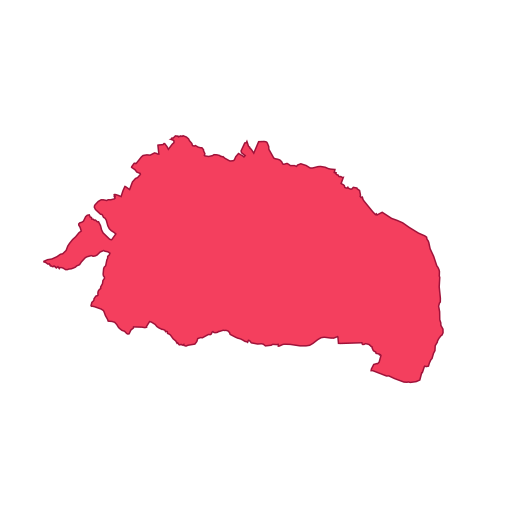 outline of Cizer, Salaj, Romania, rotated 107°
{"feature_id": "2599482B34424021815229", "entity_name": "Cizer", "entity_type": "district", "adm_level": 2, "iso_a3": "ROU", "parent_name": "Romania", "parent_adm1": "Salaj", "projection": "albers", "projection_center": [22.865, 47.034], "detail": "fine", "context": "isolated", "style": "filled", "palette": "rose", "viewbox_px": 512, "rotation_deg": 107, "n_neighbors": 0, "source": "geoboundaries", "source_scale": "gbopen_adm2", "svg_char_len": 6109}
<svg xmlns="http://www.w3.org/2000/svg" viewBox="0 0 512 512"><g transform="rotate(107 256 256)"><path d="M325.5,440.5L324.5,440.3L323.9,438.4L324.0,436.7L324.7,434.1L324.1,432.2L323.3,431.4L322.3,429.0L320.9,427.1L319.4,425.4L317.9,424.6L315.9,422.2L312.8,421.3L307.6,418.8L306.3,417.6L303.8,413.7L303.7,412.9L303.9,411.8L303.0,409.9L301.6,408.3L297.9,406.3L295.3,403.3L295.6,401.9L295.3,399.0L296.0,396.5L297.8,396.6L299.7,397.7L301.7,397.2L303.3,397.5L309.3,396.9L311.1,397.9L312.7,398.0L318.0,396.9L319.6,396.1L320.4,394.8L321.8,394.4L324.2,395.2L327.4,394.7L331.0,395.5L332.6,395.0L333.8,396.0L335.8,396.6L337.6,396.4L339.5,395.7L340.2,395.9L341.0,397.3L341.7,397.6L344.3,398.4L345.5,398.1L346.8,398.5L348.3,399.4L351.6,399.3L352.2,398.7L351.9,398.1L351.7,395.7L352.0,388.7L352.7,386.2L353.4,385.3L357.1,382.5L359.8,379.6L361.5,378.3L360.7,374.6L360.7,371.8L362.2,369.2L364.5,366.6L365.2,365.3L366.3,362.5L366.4,359.7L367.9,357.0L368.1,355.7L367.5,354.6L363.4,354.0L360.7,352.2L359.6,352.4L357.4,344.3L357.0,341.3L356.1,339.8L355.4,340.1L349.8,338.6L349.8,336.6L350.9,332.4L352.4,330.2L353.1,328.0L353.7,324.4L353.4,323.8L353.6,321.5L354.8,320.3L354.3,319.6L354.2,318.7L355.9,317.9L356.1,316.0L356.5,314.8L359.4,311.0L360.7,307.9L362.5,306.0L361.9,305.6L363.3,303.7L363.3,302.9L362.4,301.8L362.8,300.4L361.7,299.2L362.6,298.8L362.6,296.6L361.2,294.9L358.1,288.7L355.1,287.6L352.0,287.6L350.2,285.1L349.9,283.4L345.0,278.6L344.5,276.6L343.7,276.0L341.6,275.7L340.9,275.1L341.4,274.0L341.4,273.1L341.0,271.9L340.1,270.3L339.2,269.9L339.0,269.2L336.6,265.7L336.4,264.3L335.9,263.1L335.8,261.1L336.9,259.0L338.5,257.8L339.6,252.0L339.9,249.6L339.8,246.6L340.2,244.2L340.9,241.5L340.7,239.6L341.0,238.8L338.8,238.6L338.7,238.2L339.2,236.8L340.4,235.1L339.7,228.7L338.3,225.1L338.2,223.2L339.2,220.7L336.9,215.4L335.6,214.2L334.7,210.4L334.0,209.0L335.7,208.3L335.3,207.4L332.6,204.3L331.9,202.6L330.5,197.4L329.1,187.9L327.3,181.9L325.7,178.6L322.9,176.0L317.9,172.5L315.1,169.9L313.7,167.0L312.6,160.6L311.8,157.7L309.2,154.4L309.5,154.0L315.4,151.6L314.9,149.6L308.0,129.4L309.2,128.6L309.4,128.0L308.9,126.8L307.8,125.6L307.6,123.8L307.6,121.5L308.0,121.3L308.4,120.0L308.8,119.7L309.1,118.2L309.9,118.1L312.0,116.3L312.5,115.3L312.8,113.5L314.0,112.7L313.7,109.6L314.3,109.3L314.5,108.7L314.0,108.1L314.7,107.4L321.5,107.2L323.4,108.2L323.5,108.9L325.3,111.7L330.3,112.6L332.0,112.4L331.5,110.8L332.6,96.1L331.8,94.0L332.7,87.7L333.3,77.7L332.6,74.8L331.9,73.4L331.8,71.5L329.3,66.1L326.7,63.1L319.1,63.4L319.0,62.9L318.5,62.8L312.8,62.7L312.0,62.4L312.0,60.9L310.9,58.9L307.5,58.9L304.0,58.4L302.6,57.7L297.1,57.8L294.2,57.2L289.4,58.4L285.4,57.4L284.3,57.6L281.3,57.0L278.1,55.8L277.2,55.0L274.7,54.7L271.3,55.8L268.3,58.9L265.8,59.8L263.3,61.6L255.6,64.1L250.6,66.7L247.3,66.8L246.1,66.3L242.6,67.3L231.9,71.8L222.8,74.0L221.5,74.9L217.3,76.0L215.6,77.0L213.7,78.7L212.6,80.2L204.4,86.0L198.2,91.6L192.6,94.7L191.3,95.7L190.0,97.4L188.1,98.4L187.4,100.5L186.6,107.4L183.8,118.1L181.4,125.4L180.7,131.3L180.4,137.3L177.3,148.1L181.4,152.3L180.5,153.3L181.5,153.9L179.5,157.4L172.0,168.6L170.7,170.2L170.3,170.6L169.5,170.8L168.5,171.8L169.4,172.5L168.5,173.9L167.2,173.9L163.1,176.1L162.2,178.8L161.5,179.4L161.9,183.0L164.0,184.0L164.4,185.1L164.1,188.0L162.8,188.2L164.3,188.7L164.6,189.3L164.5,191.1L162.9,192.1L162.4,193.1L161.8,195.8L155.3,195.5L155.7,196.3L155.2,198.2L155.6,198.7L155.7,200.0L154.6,201.1L154.6,202.7L153.9,203.7L153.0,203.7L153.0,204.5L153.4,204.5L153.3,205.6L150.2,205.8L151.1,210.0L151.3,212.3L150.9,215.8L151.5,220.5L152.4,222.8L155.4,227.8L155.9,229.4L155.9,230.4L154.8,234.5L154.7,240.1L156.8,242.8L158.5,243.5L158.3,245.6L159.5,249.6L158.7,251.8L158.4,253.4L160.0,255.9L160.3,256.8L159.8,257.7L158.3,259.1L157.2,261.3L157.1,263.5L157.4,266.3L157.1,267.7L150.2,274.9L147.5,275.9L144.6,278.3L144.0,279.1L143.9,280.1L144.1,281.7L145.9,286.9L158.3,288.2L155.3,291.8L154.8,293.2L153.9,293.7L153.3,295.2L149.1,298.2L150.5,298.4L151.2,299.8L159.9,301.0L161.5,300.0L163.1,295.7L164.8,296.5L164.2,297.9L163.1,302.7L167.0,304.4L170.5,304.8L171.5,305.6L172.6,308.1L172.7,309.3L171.6,314.5L170.6,316.6L171.0,317.3L170.8,318.7L171.1,319.1L170.5,320.1L170.7,323.1L171.4,325.8L172.7,326.9L174.7,330.4L175.2,334.1L174.9,334.8L173.1,334.8L170.9,336.8L169.7,337.3L168.3,339.4L168.7,340.8L168.8,343.1L168.1,346.3L168.9,347.1L169.0,349.0L167.1,350.3L165.3,353.2L163.7,354.8L162.6,357.3L162.3,360.9L163.0,361.2L163.0,362.1L163.6,362.7L163.3,363.4L164.7,364.8L164.1,365.8L164.6,366.2L164.5,367.3L164.7,368.2L167.3,369.6L167.9,371.0L169.1,371.2L169.3,371.5L169.5,368.9L169.8,368.2L171.6,367.6L173.6,368.8L179.6,371.0L177.5,373.0L175.2,376.2L175.4,376.9L176.6,377.4L178.8,382.7L178.8,382.3L179.2,382.0L187.0,378.7L187.3,379.7L187.0,381.0L187.1,383.2L190.5,386.7L191.2,390.0L192.9,393.4L194.8,394.6L202.5,397.6L202.8,398.0L202.6,398.9L203.1,399.7L207.0,401.0L207.6,400.9L208.9,396.9L210.6,394.5L210.9,390.9L211.8,390.4L215.7,392.2L217.1,393.9L221.3,395.8L229.4,396.3L227.8,401.1L227.8,401.7L232.5,402.3L238.6,402.4L238.3,405.6L238.3,408.2L238.6,409.4L239.1,409.6L240.2,408.1L240.6,408.1L240.8,408.7L241.9,407.7L242.8,408.2L244.8,411.5L245.4,413.8L246.6,415.0L246.9,418.3L247.5,420.5L249.9,422.8L253.9,424.8L255.1,425.1L256.6,424.9L258.5,423.1L261.5,416.9L261.3,415.7L261.6,415.0L263.6,413.1L264.0,411.4L265.6,409.6L270.5,406.5L272.8,404.3L274.1,401.8L274.9,398.8L275.9,396.5L282.5,398.7L282.8,399.1L282.8,400.8L278.6,409.0L276.2,411.3L272.4,413.6L269.3,416.6L269.7,417.7L268.7,419.8L268.6,420.4L269.1,421.0L268.4,422.5L268.7,423.8L267.3,424.6L267.2,426.0L265.4,427.5L266.4,429.3L268.2,430.4L273.2,431.2L274.6,432.4L275.9,434.3L277.2,434.9L278.3,434.5L280.0,432.6L283.2,430.4L285.5,432.1L290.4,434.1L293.9,436.2L298.4,438.0L301.5,438.9L306.2,439.2L310.4,441.5L311.5,443.5L314.9,446.2L318.6,450.4L320.5,454.3L323.1,457.3L323.7,457.0L323.6,455.5L324.6,452.5L323.9,451.4L324.6,450.4L325.3,450.2L325.6,449.5L325.3,449.0L325.7,447.6L325.4,446.7L324.7,446.4L324.6,445.8L325.0,445.2L324.9,444.6L325.5,444.4L325.8,443.4L324.1,442.3L325.5,440.5Z" fill="#f43f5e" stroke="#9f1239" stroke-width="1.5"/></g></svg>